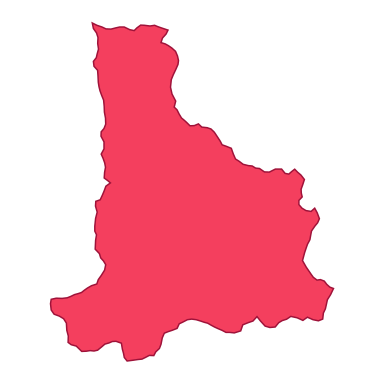 outline of São Gonçalo do Rio Abaixo, Minas Gerais, Brazil
{"feature_id": "56859067B788789962978", "entity_name": "São Gonçalo do Rio Abaixo", "entity_type": "district", "adm_level": 2, "iso_a3": "BRA", "parent_name": "Brazil", "parent_adm1": "Minas Gerais", "projection": "robinson", "projection_center": [-43.325, -19.797], "detail": "fine", "context": "isolated", "style": "filled", "palette": "rose", "viewbox_px": 384, "rotation_deg": 0, "n_neighbors": 0, "source": "geoboundaries", "source_scale": "gbopen_adm2", "svg_char_len": 2992}
<svg xmlns="http://www.w3.org/2000/svg" viewBox="0 0 384 384"><path d="M68.1,342.4L71.2,344.7L76.3,346.1L81.7,351.4L86.3,351.2L90.1,350.6L94.0,351.0L97.6,350.2L101.5,347.0L104.9,344.1L109.1,342.9L112.3,341.5L116.0,341.3L121.4,343.2L122.4,349.3L123.5,353.3L124.3,357.5L127.1,361.0L132.5,360.3L138.0,359.5L142.0,359.1L145.3,357.5L149.3,355.4L153.8,355.6L155.8,351.8L159.4,348.5L161.0,344.3L162.3,337.8L164.3,333.2L168.0,331.7L172.2,330.3L177.1,328.4L179.2,323.8L182.8,322.1L187.4,319.7L191.7,319.1L196.2,319.7L200.5,321.0L204.3,322.3L207.7,323.2L211.0,325.1L214.5,327.0L218.0,328.6L222.0,330.3L226.0,332.4L229.6,332.4L234.3,332.9L240.7,330.9L242.8,324.8L248.1,322.7L253.0,321.0L257.0,316.6L260.5,321.0L265.1,326.1L269.9,327.5L275.2,327.0L278.7,322.7L282.2,320.6L286.6,319.2L290.8,316.4L297.2,317.8L302.9,320.4L307.4,317.2L313.0,319.7L318.4,320.8L322.7,319.1L323.4,313.0L325.4,308.8L326.4,304.3L327.4,299.7L330.6,294.6L333.5,288.5L329.8,287.1L326.7,284.3L324.3,281.1L320.4,279.6L317.0,280.1L313.3,277.3L311.2,274.4L306.2,267.1L302.5,260.6L304.6,252.7L306.0,248.5L307.5,244.2L309.9,239.7L310.7,235.2L311.5,231.0L314.8,226.2L317.6,222.8L319.4,218.7L317.2,212.8L314.7,208.2L311.1,211.4L306.0,210.6L302.0,208.2L298.9,204.6L298.9,200.4L302.2,196.9L301.3,193.1L301.1,189.2L302.7,184.8L304.4,179.5L300.9,175.0L297.6,172.2L294.7,169.2L291.5,171.7L288.8,174.1L285.1,173.4L281.6,169.1L275.3,169.1L269.3,172.1L264.4,171.9L259.5,168.5L255.6,168.1L252.2,166.0L248.3,165.6L243.1,164.3L239.3,161.4L235.5,159.0L233.3,154.0L231.3,148.3L226.3,146.3L222.1,144.8L220.3,141.3L217.1,136.4L214.3,132.2L211.0,129.0L207.2,127.7L201.8,127.1L198.4,123.9L194.3,125.6L190.0,125.8L187.3,123.1L184.3,120.3L181.5,118.0L179.2,114.2L177.0,109.8L174.2,107.1L175.7,101.1L172.0,94.0L170.5,87.2L171.3,79.6L173.3,74.7L176.0,69.0L178.0,64.4L178.5,60.6L177.5,56.0L175.5,51.3L171.7,47.9L168.3,45.6L165.2,43.9L161.0,42.6L162.5,38.0L166.1,34.0L168.0,30.1L161.4,27.9L157.7,26.6L154.6,25.3L150.0,26.0L144.5,25.3L140.7,25.1L137.0,27.8L134.2,30.6L129.8,29.7L124.2,27.0L119.7,27.0L115.7,27.9L111.0,29.1L106.0,28.9L102.0,27.0L96.9,25.3L92.3,23.0L93.4,28.5L96.5,32.9L98.0,37.6L97.7,43.5L98.5,49.1L97.2,53.8L96.3,57.7L93.4,61.4L94.0,66.3L97.6,70.3L98.0,75.8L98.3,82.3L99.0,86.7L100.0,90.8L101.6,95.2L103.6,100.1L104.2,106.4L104.4,112.1L105.5,118.1L105.7,124.2L104.0,128.5L101.2,131.8L101.0,136.2L104.0,141.9L104.0,148.9L101.2,154.1L103.1,158.4L104.7,162.9L105.5,167.3L104.6,172.3L104.2,178.0L107.7,180.6L110.4,182.9L105.9,186.2L104.0,191.3L102.3,195.3L100.2,199.8L95.8,201.3L95.5,206.1L97.2,212.1L95.6,218.4L94.8,226.2L94.8,231.1L96.5,234.8L95.6,240.3L95.4,244.8L95.2,249.2L99.4,253.6L100.7,257.9L103.5,261.0L105.7,264.7L104.6,270.1L101.3,275.4L98.3,279.6L96.8,284.0L91.5,285.7L87.5,288.0L84.4,290.2L81.5,292.5L78.2,293.6L74.5,294.6L70.8,296.4L67.2,297.8L62.1,298.4L56.2,298.2L51.2,299.3L50.5,303.7L51.2,310.0L54.1,314.2L59.3,316.1L63.6,318.7L66.4,323.1L66.8,330.3L68.3,336.0L68.1,342.4Z" fill="#f43f5e" stroke="#9f1239" stroke-width="1.5"/></svg>